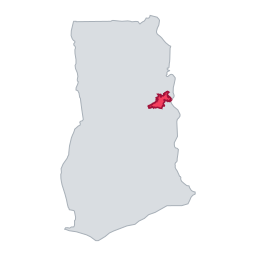 location of Nanumba South, Northern, Ghana
{"feature_id": "2480657B24752518727633", "entity_name": "Nanumba South", "entity_type": "district", "adm_level": 2, "iso_a3": "GHA", "parent_name": "Ghana", "parent_adm1": "Northern", "projection": "natural_earth1", "projection_center": [0.077, 8.766], "detail": "fine", "context": "in_parent", "style": "filled", "palette": "rose", "viewbox_px": 256, "rotation_deg": 0, "n_neighbors": 0, "source": "geoboundaries", "source_scale": "gbopen_adm2", "svg_char_len": 6479}
<svg xmlns="http://www.w3.org/2000/svg" viewBox="0 0 256 256"><path d="M157.1,17.2L159.0,19.3L159.5,20.5L158.8,25.1L157.3,28.3L156.5,31.2L156.6,32.7L157.4,34.2L160.4,36.6L161.9,38.1L163.7,40.4L165.7,42.7L169.2,45.6L170.7,46.2L170.6,47.0L170.1,48.1L169.8,59.1L169.6,61.9L169.3,63.3L169.0,67.4L168.6,68.0L167.9,68.0L167.3,68.1L167.2,68.9L167.4,69.8L169.5,70.4L169.1,71.0L167.5,71.5L166.8,72.8L167.1,74.2L166.2,75.3L166.5,76.1L167.0,76.6L167.9,76.4L170.4,74.5L171.4,74.3L172.7,74.7L175.1,77.6L175.2,79.0L174.2,83.8L173.3,87.6L173.1,92.5L174.1,95.3L174.0,96.8L172.9,98.2L170.5,100.1L170.6,101.4L171.7,103.8L173.8,106.6L177.8,109.9L180.0,114.3L180.0,116.1L178.8,117.9L177.3,119.4L176.8,121.7L177.5,136.4L174.3,142.7L174.3,144.6L174.6,146.7L175.5,147.9L177.1,148.3L178.4,149.5L177.9,154.0L177.2,158.6L177.1,160.8L176.7,161.8L175.5,162.7L175.0,164.1L175.3,165.9L175.1,167.2L175.8,168.9L177.2,171.0L179.6,176.3L180.5,176.7L180.9,177.8L180.6,178.9L181.5,181.2L184.1,183.5L186.8,185.6L189.0,185.9L189.6,187.7L191.0,190.0L192.1,191.0L193.7,191.7L195.1,192.0L195.2,194.0L192.7,195.3L191.0,197.3L189.7,200.4L188.0,203.8L181.9,205.6L179.6,205.6L167.0,205.7L155.3,212.3L148.6,214.7L144.4,218.4L138.9,221.1L135.0,224.3L126.9,225.9L113.6,231.0L109.4,233.0L105.2,236.5L98.4,240.6L95.7,240.6L90.4,236.7L86.4,234.8L76.5,231.8L69.2,230.7L65.7,229.4L64.7,229.2L65.5,227.8L67.6,227.7L69.7,228.1L71.3,227.0L73.7,226.9L74.4,225.8L74.6,223.0L74.5,220.7L75.4,219.7L75.6,217.1L74.4,211.2L73.6,210.5L69.3,209.7L69.0,208.5L68.2,207.3L67.4,204.2L66.5,199.7L65.0,194.1L62.1,184.9L61.4,181.6L60.9,178.3L60.8,174.3L61.4,172.8L61.3,170.8L61.1,168.7L63.1,164.0L67.1,158.3L67.9,156.2L68.7,154.8L68.8,152.7L69.5,146.0L71.4,137.9L72.6,134.8L73.4,133.2L74.4,130.5L74.7,129.2L78.3,126.0L80.0,125.2L80.4,123.9L79.8,122.5L80.1,121.6L81.0,121.1L82.3,120.8L83.3,119.5L81.8,109.5L80.5,99.5L80.5,98.6L79.7,97.3L79.0,93.1L77.8,90.7L76.0,90.0L76.1,87.8L77.8,83.9L78.3,81.7L77.4,81.0L77.3,79.3L77.9,76.4L77.6,74.7L77.3,72.8L75.5,68.5L75.1,65.4L76.0,63.6L76.0,59.6L75.0,53.5L74.9,49.7L75.5,48.0L75.2,46.5L73.9,45.1L73.8,43.7L74.9,42.3L74.8,41.2L73.4,40.4L72.2,38.6L71.1,35.6L71.3,30.8L73.4,22.0L73.7,21.3L76.0,21.3L76.1,21.7L83.4,21.6L91.8,21.5L101.8,21.4L110.9,21.3L111.3,20.9L112.8,20.4L121.9,21.3L127.7,20.9L130.1,21.2L131.9,21.8L135.9,21.4L138.0,21.6L139.6,23.8L140.2,23.8L141.1,22.9L142.7,21.8L144.3,21.0L145.5,19.3L146.2,18.0L147.2,18.2L148.7,18.1L149.7,17.0L150.1,15.4L157.1,17.2Z" fill="#d9dde1" stroke="#a8b0b8" stroke-width="1"/><path d="M148.3,106.0L148.2,106.3L148.3,106.5L148.6,106.8L148.7,106.7L148.8,106.8L148.7,106.9L148.6,107.1L148.7,107.4L149.0,107.8L149.0,108.1L149.4,108.1L149.5,108.0L149.8,108.0L149.8,107.9L149.9,108.0L150.0,108.0L150.0,107.9L150.1,107.7L150.3,107.5L150.1,107.7L150.4,107.7L150.5,107.6L150.6,107.4L150.7,107.2L150.8,107.2L151.0,107.4L151.0,107.7L151.3,107.6L151.3,107.3L151.6,107.2L151.8,107.2L152.0,107.0L151.9,106.9L152.0,106.8L152.0,106.7L152.2,106.8L152.4,106.7L152.5,107.1L152.7,107.4L153.1,107.3L153.2,107.5L153.4,107.8L153.5,107.7L153.8,107.5L153.9,107.3L154.0,107.3L154.0,107.5L154.1,107.4L154.1,107.2L154.3,107.2L154.3,107.3L154.4,107.5L155.5,107.5L155.5,107.8L155.9,107.7L156.4,107.6L157.1,107.3L157.3,107.3L157.5,107.3L158.1,107.5L158.3,107.5L158.6,107.6L158.9,107.5L159.1,107.7L159.1,107.9L159.3,108.0L159.9,108.1L160.5,108.2L160.8,108.2L161.0,108.3L161.3,108.2L161.5,108.2L161.7,108.3L161.7,108.1L162.1,107.3L162.2,106.8L162.3,106.6L162.5,106.0L162.6,105.8L163.1,105.5L163.4,105.8L163.6,106.0L163.9,106.1L164.2,105.9L164.3,105.9L164.4,105.6L164.4,105.4L164.3,105.1L163.8,104.9L163.6,104.6L163.3,104.2L163.3,103.8L163.4,103.3L163.7,102.8L164.3,102.1L164.6,101.9L164.7,101.7L164.7,101.4L164.2,100.2L164.2,99.8L164.2,99.7L164.3,99.6L164.5,99.7L164.4,99.7L164.3,99.8L164.6,99.9L164.7,100.0L164.6,100.6L164.8,100.7L165.2,100.6L165.3,100.6L165.4,100.4L165.7,100.2L165.9,100.4L166.0,100.4L166.4,100.4L166.5,100.7L166.9,100.5L167.0,100.5L167.3,100.8L167.3,101.0L167.7,101.3L167.8,101.3L167.9,101.0L168.0,101.0L168.0,100.7L168.2,100.9L168.3,101.1L168.3,101.3L168.5,101.2L168.9,101.0L169.0,101.2L169.4,101.1L169.6,101.2L169.5,101.3L169.6,101.5L170.0,101.5L170.1,101.3L169.9,101.2L169.7,100.8L169.7,100.7L169.8,100.8L169.9,100.7L170.4,100.9L170.5,100.9L170.8,100.8L170.8,100.6L170.5,100.2L170.7,100.3L170.9,100.3L171.2,100.3L171.3,100.2L171.2,100.2L170.7,99.8L170.6,99.6L170.7,99.4L170.7,99.2L170.7,98.9L170.8,98.7L171.0,98.5L170.9,98.4L170.7,98.4L170.6,98.1L170.6,97.9L170.5,97.7L170.3,97.6L170.2,97.5L169.7,96.9L169.2,96.6L168.9,96.3L168.9,96.5L169.0,96.9L169.0,97.3L169.0,97.6L168.9,97.7L168.7,97.7L168.3,97.4L168.0,97.1L167.9,97.0L167.8,96.9L167.8,96.6L167.8,96.4L167.6,96.2L167.5,95.9L167.5,95.1L167.3,94.4L167.3,94.2L167.5,93.9L167.7,93.6L168.0,93.0L168.6,92.5L168.6,92.3L168.6,92.2L168.8,92.1L168.4,91.8L167.9,91.6L167.7,91.4L167.4,91.4L166.9,91.7L166.7,91.7L166.1,92.1L165.9,92.5L165.5,92.5L164.7,92.9L164.6,93.2L164.9,94.2L164.9,94.4L164.8,94.5L164.6,94.7L164.4,94.5L164.4,94.3L164.2,94.2L164.2,94.3L164.0,94.2L163.9,94.1L163.7,94.0L163.7,94.3L163.8,94.5L163.8,94.8L163.7,94.9L163.8,95.1L163.7,95.2L163.5,95.3L163.5,95.5L163.4,95.7L163.3,95.8L163.2,95.9L162.8,95.8L162.7,95.8L162.7,95.7L162.4,95.7L162.1,95.7L162.0,95.8L161.8,95.8L161.6,95.7L161.3,95.7L161.3,95.8L161.4,96.1L161.3,96.6L161.3,96.8L161.1,97.0L160.7,97.0L160.6,96.9L160.3,96.3L160.4,96.0L161.0,95.7L160.9,95.0L160.9,94.5L160.8,94.4L160.4,94.4L160.2,94.5L159.8,94.6L159.5,94.8L159.3,94.8L158.9,94.4L158.7,94.4L158.6,94.2L158.3,94.2L158.1,94.2L158.1,94.4L157.9,94.4L158.0,94.5L158.2,94.8L158.3,94.7L158.4,94.8L158.4,95.0L158.5,95.0L158.3,96.8L156.2,97.7L156.3,97.9L156.3,98.0L156.5,98.4L156.6,98.5L156.4,98.9L156.3,99.0L156.2,99.2L156.2,99.3L156.2,99.5L156.3,99.4L156.5,99.3L156.8,99.3L157.0,99.2L157.3,99.2L157.5,99.1L157.3,99.0L157.2,98.8L157.3,98.7L157.5,98.7L157.7,98.8L157.7,99.0L157.8,99.1L157.8,99.3L157.5,99.4L157.5,100.1L157.5,100.4L157.5,100.6L157.4,100.6L157.0,100.9L156.7,101.1L156.7,101.3L156.5,101.2L156.1,101.4L155.9,101.5L155.8,101.8L155.7,101.8L155.6,102.1L155.3,102.1L155.2,102.5L154.8,102.5L154.5,102.7L154.5,102.9L154.4,102.9L154.2,102.9L154.0,103.0L153.9,103.1L153.7,103.0L153.3,103.2L153.2,103.3L153.1,103.5L152.9,103.7L152.7,103.6L152.5,104.0L152.1,104.1L152.1,104.3L151.8,104.3L151.7,104.3L151.6,104.5L151.4,104.7L151.2,104.5L150.8,104.9L150.7,105.0L150.3,105.0L149.3,105.5L149.1,106.0L148.8,106.2L148.7,106.3L148.5,106.2L148.3,106.0Z" fill="#f43f5e" stroke="#9f1239" stroke-width="1.5"/></svg>